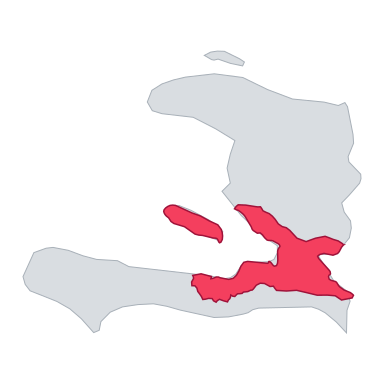 location of Ouest within Haiti
{"feature_id": "HTI-1388", "entity_name": "Ouest", "entity_type": "Department", "adm_level": 1, "iso_a3": "HTI", "parent_name": "Haiti", "parent_adm1": "", "projection": "robinson", "projection_center": [-72.52, 18.618], "detail": "fine", "context": "in_parent", "style": "filled", "palette": "rose", "viewbox_px": 384, "rotation_deg": 0, "n_neighbors": 0, "source": "natural_earth", "source_scale": "10m", "svg_char_len": 3823}
<svg xmlns="http://www.w3.org/2000/svg" viewBox="0 0 384 384"><path d="M344.9,102.6L347.5,106.7L353.0,134.4L353.6,143.2L348.1,156.6L348.9,161.9L360.7,174.2L361.0,178.7L359.6,183.2L349.4,194.9L341.7,202.9L344.2,212.1L350.5,220.8L351.3,228.1L349.4,237.8L339.7,249.7L334.7,254.0L320.3,254.6L318.7,256.3L325.9,268.0L334.0,281.2L347.2,291.5L350.1,301.2L347.0,310.3L346.5,332.9L336.3,322.0L325.2,312.8L318.5,309.2L311.6,306.9L258.7,308.1L252.7,309.7L248.1,312.7L243.2,314.1L228.6,316.9L214.1,317.5L180.3,310.1L166.9,306.3L153.4,303.8L137.9,304.6L122.5,306.9L110.2,312.2L100.9,321.6L99.2,330.3L93.7,332.6L81.3,318.7L69.8,308.8L56.8,301.4L30.1,290.8L25.2,284.4L23.0,276.6L33.9,252.6L46.2,248.2L53.0,247.4L68.2,250.3L83.0,255.8L96.5,259.4L117.5,260.7L128.8,266.6L209.3,275.8L224.6,278.7L230.5,277.6L235.7,274.1L240.0,267.6L245.0,262.7L268.9,261.7L273.9,259.5L277.4,252.7L277.3,245.7L263.2,236.3L241.3,215.6L222.0,191.3L230.3,183.1L227.1,168.1L230.3,154.2L234.9,140.6L215.8,128.9L193.2,117.3L162.0,113.7L152.3,110.7L147.3,102.0L151.9,90.3L162.0,83.9L173.6,79.9L185.5,77.1L214.3,73.8L242.8,77.5L267.4,89.5L292.4,99.0L324.1,102.1L338.3,105.5L344.9,102.6ZM222.8,231.6L220.7,241.3L190.2,229.8L165.4,215.3L166.5,207.4L179.1,205.6L191.2,210.4L209.1,220.1L222.8,231.6ZM239.6,58.8L244.4,62.0L242.6,65.9L230.5,63.4L218.1,59.1L214.0,60.1L211.6,59.6L204.3,55.4L210.7,52.1L217.3,51.1L224.4,51.3L239.6,58.8Z" fill="#d9dde1" stroke="#a8b0b8" stroke-width="1"/><path d="M343.6,244.9L343.3,245.1L341.6,247.1L339.2,251.7L337.6,253.5L333.0,255.2L324.0,253.4L319.6,254.5L317.6,256.2L318.6,258.4L329.4,270.5L330.2,271.8L330.5,273.9L329.9,274.6L329.0,275.2L328.5,276.7L329.2,279.2L331.0,280.3L335.7,281.6L336.7,282.5L338.5,285.5L339.5,286.7L344.0,290.0L350.4,292.6L352.1,293.9L353.2,294.9L353.5,295.3L352.1,298.0L351.9,298.0L341.5,300.0L335.3,295.8L327.3,295.1L317.2,295.2L306.9,292.7L296.6,290.3L286.4,291.0L276.5,290.4L274.9,288.4L273.4,286.2L270.0,286.5L267.7,285.2L264.5,283.5L260.2,283.2L256.3,285.2L253.3,289.1L252.1,290.1L250.7,290.2L247.8,291.6L245.0,291.9L243.4,292.1L242.1,293.4L239.8,293.7L237.5,293.8L236.1,295.1L234.8,296.5L232.7,296.2L230.8,295.0L230.5,297.0L229.8,298.7L228.4,300.0L227.5,301.9L223.5,300.8L219.5,299.3L217.4,300.6L216.1,302.2L213.5,300.8L212.2,298.6L210.4,298.5L208.5,298.4L205.4,299.2L202.8,299.5L201.4,296.5L199.7,294.0L197.8,291.5L196.9,288.1L194.9,285.8L191.9,285.7L191.6,282.0L193.5,278.6L193.4,276.9L192.7,275.4L201.1,273.8L211.5,276.5L210.9,278.7L213.1,278.3L216.3,277.0L218.4,277.0L220.2,277.8L228.7,279.4L233.3,278.3L236.5,275.2L238.9,271.0L240.9,266.2L243.8,262.3L247.6,261.4L267.5,263.3L268.2,263.0L268.5,262.4L268.7,261.7L269.1,261.4L269.8,261.6L270.2,261.9L270.4,262.3L270.8,262.4L273.3,265.5L274.4,266.2L276.5,265.6L277.5,263.3L277.8,260.1L277.6,251.7L277.8,250.2L278.6,248.3L279.5,247.2L280.0,246.2L279.3,244.6L278.2,243.7L272.8,240.8L271.3,240.5L268.4,240.4L267.0,240.0L264.6,237.7L262.5,234.8L260.2,232.9L257.3,233.2L253.2,230.5L252.2,229.3L251.2,226.7L245.0,216.3L243.4,214.4L241.0,212.3L238.5,210.5L236.4,209.8L234.5,208.8L236.2,206.4L238.2,204.8L245.8,205.1L254.8,206.5L257.6,206.9L260.5,206.8L261.8,208.7L263.0,210.8L266.0,212.3L269.2,213.6L272.4,216.2L275.2,219.4L278.3,223.9L282.2,226.6L286.3,227.7L289.8,230.4L297.0,238.2L306.1,241.6L315.5,238.2L325.1,236.3L329.2,237.8L333.2,239.4L338.2,240.9L342.7,243.8L343.5,244.9L343.6,244.9ZM168.6,217.8L166.4,216.1L165.8,215.4L164.9,214.3L164.1,212.8L163.7,211.3L164.1,209.8L165.6,208.0L167.7,206.5L170.1,205.4L172.7,205.1L175.5,205.4L192.1,213.0L200.3,215.9L209.3,220.9L217.8,224.8L221.3,229.5L222.2,232.5L222.6,236.0L222.3,239.5L220.9,242.2L219.6,242.8L218.7,241.9L217.7,239.5L216.7,238.5L215.7,238.2L213.1,238.0L202.4,235.4L198.8,235.1L195.0,234.1L184.5,226.7L173.9,223.5L171.0,221.5L168.6,217.8Z" fill="#f43f5e" stroke="#9f1239" stroke-width="1.5"/></svg>